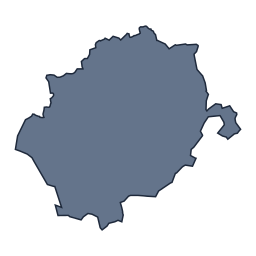 the district of Kajuru, Kaduna, Nigeria
{"feature_id": "59680162B79502957035648", "entity_name": "Kajuru", "entity_type": "district", "adm_level": 2, "iso_a3": "NGA", "parent_name": "Nigeria", "parent_adm1": "Kaduna", "projection": "albers", "projection_center": [7.809, 10.253], "detail": "fine", "context": "isolated", "style": "filled", "palette": "slate", "viewbox_px": 256, "rotation_deg": 0, "n_neighbors": 0, "source": "geoboundaries", "source_scale": "gbopen_adm2", "svg_char_len": 3013}
<svg xmlns="http://www.w3.org/2000/svg" viewBox="0 0 256 256"><path d="M176.5,173.0L182.0,167.2L183.3,166.2L185.3,165.1L192.5,166.2L196.0,158.3L195.5,158.2L190.5,155.5L191.2,149.4L193.8,147.2L202.5,135.7L202.5,135.1L200.4,131.2L204.1,123.1L208.3,116.8L219.9,115.6L220.1,115.7L223.9,122.2L224.3,124.8L217.7,133.1L222.5,136.0L226.3,137.1L227.8,139.2L234.0,134.2L234.2,133.9L237.4,133.2L238.7,131.4L240.6,129.3L235.7,122.6L235.0,118.7L235.6,116.8L236.8,114.6L236.6,113.0L233.6,111.7L231.2,108.1L229.7,105.8L228.0,106.4L222.2,108.3L221.1,104.6L215.7,103.8L214.6,104.6L208.6,109.0L206.9,110.9L206.0,109.6L206.3,100.8L207.9,95.8L208.4,94.4L206.0,91.1L206.5,90.5L206.2,89.0L205.2,83.0L202.6,75.8L202.0,75.2L197.1,69.6L196.9,69.0L194.1,54.9L194.1,54.1L196.5,51.6L197.9,47.2L198.1,46.6L198.1,45.5L196.3,44.3L187.2,44.9L185.5,44.0L176.5,45.3L175.3,44.8L169.1,48.8L165.2,44.0L158.2,40.8L157.5,40.4L156.8,40.4L155.5,34.6L154.3,33.4L153.7,32.5L153.5,31.6L152.9,30.9L152.1,30.6L151.3,30.4L151.1,29.5L150.9,29.0L150.2,29.0L149.5,29.1L148.7,28.5L147.9,27.9L147.6,27.4L147.2,27.1L146.9,26.7L146.5,26.3L145.5,26.1L144.3,26.4L143.1,26.9L142.1,26.9L140.5,26.9L139.4,27.8L139.2,28.9L139.5,30.1L139.7,31.3L140.2,32.2L140.0,32.7L140.1,33.3L139.8,33.4L139.4,33.6L139.2,34.0L138.8,34.2L138.0,34.4L136.9,34.8L136.0,35.3L135.3,35.5L134.7,35.6L134.0,35.6L133.6,36.1L133.1,36.3L132.5,36.6L131.7,37.0L131.0,37.3L130.1,37.3L129.7,36.9L129.5,36.2L129.3,35.6L129.1,34.8L129.0,33.9L127.2,33.4L126.1,34.8L125.4,35.4L120.7,40.0L118.9,38.1L113.1,36.3L110.1,39.2L109.6,39.7L109.2,40.2L105.1,38.2L104.5,39.1L100.4,40.9L99.9,40.5L99.1,40.6L96.2,42.6L95.4,44.6L95.8,47.7L89.9,49.8L89.6,54.4L87.4,58.5L84.5,58.6L81.4,61.5L81.9,64.9L81.9,65.0L82.1,66.7L82.8,68.4L82.9,68.9L77.2,68.9L74.8,72.4L73.2,73.5L71.5,73.8L69.3,73.7L66.4,73.4L63.4,75.8L60.0,77.2L57.2,77.3L54.0,75.1L50.2,74.7L46.8,75.3L46.0,77.9L48.7,81.7L49.8,88.7L50.5,93.1L50.9,93.2L51.5,93.1L51.8,93.0L52.4,93.1L52.8,93.2L53.1,93.4L53.2,93.6L53.3,93.6L53.5,93.9L53.6,94.6L53.6,95.1L53.5,95.3L53.5,95.6L53.3,96.0L53.0,96.4L52.6,96.8L51.6,98.0L50.9,98.3L50.2,98.9L50.5,99.4L50.5,100.3L51.0,102.9L50.5,104.1L50.2,105.5L49.6,107.0L48.3,107.3L46.4,107.0L44.3,107.3L44.0,110.0L43.7,111.2L43.0,114.1L43.6,116.7L43.9,117.4L43.2,117.5L42.3,117.6L39.9,117.3L39.7,117.0L39.7,116.6L39.5,116.4L38.7,116.4L35.4,115.2L34.4,114.3L32.7,114.1L31.6,116.2L30.2,117.1L28.8,118.0L25.5,119.7L17.6,135.9L15.4,149.4L19.9,151.0L27.3,154.1L32.0,157.7L34.2,161.7L47.4,184.5L54.1,186.5L54.8,186.5L61.6,207.4L55.3,205.1L58.0,215.5L67.6,215.4L68.3,215.4L69.3,216.2L69.6,216.6L81.1,219.9L83.4,216.8L87.9,213.5L92.0,214.2L96.8,216.6L97.7,217.1L100.2,227.7L102.1,229.9L107.0,226.1L108.8,223.3L113.1,222.2L114.8,221.8L118.0,220.3L121.8,221.8L123.2,215.0L122.5,212.6L122.7,212.4L122.5,211.0L122.1,209.2L121.7,207.5L120.3,202.5L124.1,201.1L128.5,196.2L130.5,195.4L138.0,195.4L143.4,195.8L147.3,196.2L155.6,196.7L158.6,191.0L170.6,182.9L172.0,182.4L175.4,173.3L176.5,173.0Z" fill="#64748b" stroke="#1e293b" stroke-width="1.5"/></svg>